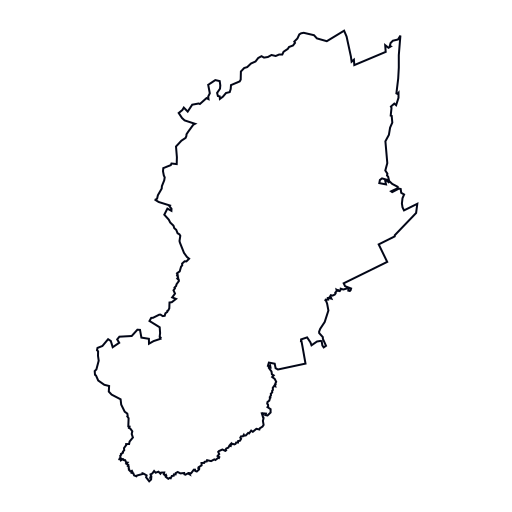 the district of Rudbāržu pag., Skrundas, Latvia
{"feature_id": "27541924B63960792537365", "entity_name": "Rudbāržu pag.", "entity_type": "district", "adm_level": 2, "iso_a3": "LVA", "parent_name": "Latvia", "parent_adm1": "Skrundas", "projection": "mercator", "projection_center": [21.868, 56.65], "detail": "fine", "context": "isolated", "style": "outline", "palette": "ink", "viewbox_px": 512, "rotation_deg": 0, "n_neighbors": 0, "source": "geoboundaries", "source_scale": "gbopen_adm2", "svg_char_len": 6049}
<svg xmlns="http://www.w3.org/2000/svg" viewBox="0 0 512 512"><path d="M176.0,146.5L176.9,157.3L176.7,164.1L171.5,163.5L170.8,165.1L163.3,168.1L163.0,171.2L163.8,175.4L164.7,177.4L164.2,180.4L161.9,186.1L161.7,188.6L157.9,195.2L157.1,198.6L155.7,199.7L154.7,199.5L158.7,202.0L169.9,205.5L169.4,206.1L171.5,208.8L171.4,210.8L167.4,208.6L164.3,214.7L168.8,219.7L170.2,222.5L173.5,225.7L174.3,228.2L176.2,229.8L177.6,233.3L179.4,234.3L180.3,235.8L179.5,241.0L179.9,242.6L184.0,252.9L186.9,256.9L189.1,258.7L186.4,261.4L184.6,261.3L182.1,263.6L182.2,265.4L181.1,266.6L179.7,271.4L177.3,273.0L177.5,273.9L177.1,274.0L177.5,274.8L177.1,275.5L177.9,276.1L177.6,276.5L178.0,277.5L177.4,278.4L178.2,278.6L178.0,279.3L178.8,279.9L178.9,281.0L176.5,284.3L176.1,286.0L174.5,287.6L174.9,288.4L173.5,290.3L175.0,293.6L172.2,297.4L176.0,298.9L171.8,302.2L169.5,302.5L169.3,308.3L168.2,310.5L167.4,310.8L167.2,312.0L165.4,313.3L164.7,315.8L162.7,316.1L160.5,314.6L159.2,314.7L153.0,317.8L151.2,317.9L149.5,321.0L159.7,327.3L160.1,333.1L159.7,336.5L160.5,337.5L160.0,337.8L160.5,338.8L153.6,341.1L149.0,343.7L148.9,338.8L141.4,337.6L140.0,329.9L137.4,329.7L131.7,336.0L119.4,336.7L117.2,339.4L119.2,342.8L112.7,347.2L110.8,341.0L108.1,339.2L102.4,346.0L97.5,347.9L97.0,350.2L98.1,351.3L98.0,355.8L98.7,360.7L96.4,369.4L94.7,371.1L95.0,374.8L96.0,375.5L98.2,380.5L104.3,384.8L109.1,386.0L108.8,391.6L111.6,394.6L120.6,399.3L121.2,404.6L124.7,411.7L127.3,413.6L127.7,415.9L127.3,416.4L128.6,418.2L128.3,426.4L129.5,426.6L129.0,428.0L130.3,428.6L132.3,431.3L131.7,434.0L132.9,437.5L129.6,441.5L129.1,444.0L126.1,444.1L126.1,445.2L124.0,448.1L124.2,450.3L122.9,451.6L123.0,452.7L121.0,453.9L121.2,454.7L120.2,455.8L120.7,458.3L119.7,458.4L119.4,459.2L120.5,459.3L120.8,460.4L122.1,459.7L122.0,459.0L123.3,459.2L123.8,460.1L125.2,460.2L126.1,462.4L127.4,462.6L126.3,463.7L128.4,464.9L128.4,466.0L128.0,466.2L128.8,466.9L128.7,468.5L129.2,469.2L128.9,469.8L130.5,471.5L131.9,470.8L132.4,471.9L131.8,472.9L133.3,473.3L134.1,475.4L136.4,476.3L137.0,475.5L142.6,474.0L142.6,473.3L143.5,473.6L146.6,475.4L146.1,477.3L149.2,481.3L151.1,479.5L151.3,477.0L150.4,477.3L151.0,475.8L150.5,474.4L152.3,473.5L154.1,471.0L155.6,472.7L158.5,471.7L160.4,473.7L161.1,472.6L164.2,472.5L163.8,474.3L165.1,475.4L165.9,474.8L166.3,475.7L165.6,476.2L165.7,476.8L168.3,478.8L169.6,477.9L170.7,478.3L171.8,476.0L173.7,475.7L173.9,474.4L175.6,474.4L175.7,473.1L177.7,472.0L180.4,473.4L184.2,473.0L184.4,474.3L185.4,474.7L187.9,473.4L189.7,474.4L189.2,473.1L191.1,473.3L193.8,469.7L195.0,469.7L195.3,471.0L196.8,471.5L199.1,469.4L199.2,468.4L198.3,468.0L198.6,467.2L201.6,465.4L201.5,463.0L204.2,462.9L204.6,461.8L206.8,461.4L207.1,460.2L211.1,461.1L214.3,459.4L215.4,460.0L218.1,457.9L218.9,458.1L219.3,457.1L217.6,456.0L219.2,454.1L218.2,451.9L218.9,451.1L222.4,449.5L225.3,450.9L226.0,450.4L225.5,449.8L226.3,448.5L228.4,447.6L229.3,445.8L230.5,446.0L230.2,444.6L231.2,443.6L231.5,444.6L232.5,443.8L234.4,444.4L235.5,443.9L236.2,442.5L238.0,442.5L238.1,441.1L240.0,440.7L241.1,438.8L240.3,437.7L241.0,436.4L242.9,436.3L243.8,434.8L244.2,435.7L245.9,435.4L248.2,432.9L249.1,433.4L251.2,430.6L252.8,431.8L256.4,428.8L259.4,429.5L259.8,428.3L262.5,426.6L263.6,424.9L262.9,420.9L263.5,418.4L263.1,417.5L263.9,416.6L263.0,417.1L261.8,413.3L262.4,413.2L263.2,414.4L263.8,413.4L265.9,413.6L265.4,415.1L267.5,415.5L270.6,412.5L270.6,409.2L267.5,407.1L268.2,406.3L268.0,404.6L267.2,403.7L267.5,402.0L269.3,400.6L269.9,398.6L269.8,397.5L270.4,397.4L270.2,396.4L271.0,395.3L270.8,393.8L272.2,392.4L272.1,390.9L272.9,389.9L272.8,387.8L274.2,385.8L275.3,386.3L275.0,384.4L275.6,384.2L275.5,383.1L276.2,381.8L274.7,378.9L272.2,377.0L273.7,375.4L271.9,374.3L271.5,371.5L268.8,367.8L269.0,367.2L270.5,367.5L270.1,365.4L268.7,366.3L267.9,365.9L268.9,362.6L274.7,363.7L275.6,368.2L277.9,369.5L305.5,363.6L302.6,347.2L301.4,340.8L301.0,340.9L301.1,339.4L307.1,337.4L310.4,342.3L311.5,345.3L317.0,341.5L320.6,340.9L321.6,341.2L322.4,345.5L323.7,347.4L326.0,345.8L322.9,338.9L322.8,337.1L319.2,333.1L319.1,331.7L320.2,328.8L324.7,322.0L328.4,310.5L327.1,303.6L326.0,300.7L325.4,300.3L325.7,299.6L328.1,299.6L327.9,298.1L329.4,298.3L329.0,296.7L329.6,298.0L331.4,298.6L330.9,297.4L329.8,297.0L330.8,295.2L332.6,295.6L334.7,294.6L335.6,293.4L335.3,292.6L336.7,291.1L336.5,289.7L337.7,290.5L338.2,289.3L338.2,290.7L339.7,291.1L340.4,290.2L340.7,288.7L343.3,289.5L347.7,288.3L348.6,288.9L348.3,290.6L349.8,291.0L350.6,290.2L351.1,288.5L345.1,286.2L343.7,283.3L387.2,261.9L378.7,244.4L394.7,236.4L394.8,235.2L416.1,213.0L417.3,203.8L404.0,210.4L402.5,207.3L401.9,203.5L402.5,198.2L404.1,194.5L401.2,192.8L400.7,189.0L398.9,188.6L392.2,192.1L391.1,191.3L397.2,188.5L397.8,187.7L397.7,186.8L392.2,183.9L389.7,181.5L388.7,182.3L386.1,179.9L385.2,180.6L386.0,184.4L379.3,183.1L379.9,180.0L382.0,178.4L387.0,179.8L387.6,180.8L388.9,179.9L388.1,176.6L387.0,175.5L387.4,173.7L385.3,170.5L387.3,163.1L385.4,141.3L388.9,134.8L390.1,127.6L392.3,122.6L391.7,115.9L390.7,115.6L391.5,107.9L390.9,106.6L394.3,103.6L396.1,105.2L398.5,97.8L398.5,92.9L397.6,94.0L396.4,93.4L398.2,78.5L398.8,67.7L398.8,55.1L400.4,35.6L398.0,39.5L392.9,40.7L390.6,43.0L389.8,45.9L390.8,46.4L388.5,47.8L385.2,45.2L385.7,51.9L354.3,65.1L353.9,59.7L351.6,61.7L350.9,56.5L346.6,36.6L344.1,30.7L326.8,41.2L316.9,38.4L314.0,35.2L303.7,32.8L301.1,33.3L299.3,34.4L297.4,38.5L294.3,41.6L295.0,42.9L293.0,45.5L289.0,47.0L287.8,48.9L283.6,51.7L282.3,54.5L279.2,54.5L275.7,56.0L271.5,55.0L267.9,57.0L264.0,57.6L261.5,56.2L258.2,58.0L255.5,61.5L251.0,63.5L247.2,67.1L244.2,68.0L240.9,71.5L240.7,79.6L239.7,81.4L231.0,85.1L230.7,89.0L229.7,92.1L226.0,93.0L222.9,96.7L219.9,98.9L219.7,96.4L217.9,96.0L217.1,92.9L220.0,88.7L220.3,85.5L219.7,81.1L215.3,80.1L208.2,84.8L209.8,93.3L208.2,96.6L208.5,99.1L206.5,98.1L199.9,104.0L198.6,103.5L192.2,104.7L187.7,111.6L183.8,107.6L182.4,110.0L178.7,113.0L182.0,118.0L184.6,120.4L195.0,123.8L193.3,124.7L188.2,131.7L186.5,134.3L186.4,135.9L185.6,137.9L181.4,140.7L176.0,146.5Z" fill="none" stroke="#020617" stroke-width="2"/></svg>